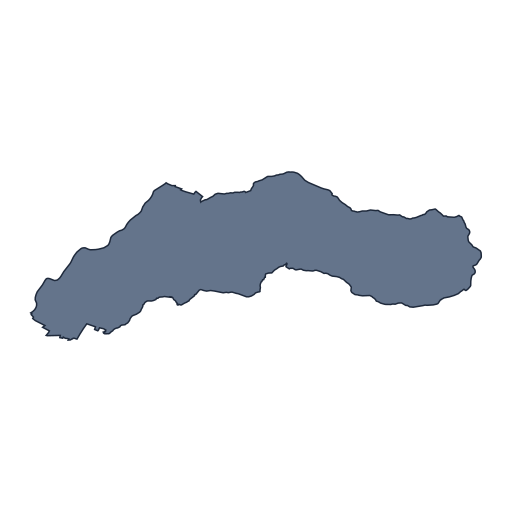 outline of Alunis, Mures, Romania
{"feature_id": "2599482B15275919271112", "entity_name": "Alunis", "entity_type": "district", "adm_level": 2, "iso_a3": "ROU", "parent_name": "Romania", "parent_adm1": "Mures", "projection": "natural_earth1", "projection_center": [24.861, 46.884], "detail": "fine", "context": "isolated", "style": "filled", "palette": "slate", "viewbox_px": 512, "rotation_deg": 0, "n_neighbors": 0, "source": "geoboundaries", "source_scale": "gbopen_adm2", "svg_char_len": 6046}
<svg xmlns="http://www.w3.org/2000/svg" viewBox="0 0 512 512"><path d="M68.2,340.1L70.5,339.9L71.8,339.0L72.6,338.9L73.0,338.3L73.2,338.2L74.3,338.2L75.6,338.7L77.0,339.1L79.9,334.1L83.4,328.6L86.8,323.8L95.5,326.8L94.6,329.5L97.8,330.8L98.5,330.0L99.5,327.8L103.5,328.7L105.8,330.0L105.5,331.7L105.2,331.8L104.3,331.4L104.0,331.9L104.1,332.4L103.3,332.3L103.6,333.1L104.5,333.7L105.0,333.8L108.8,333.7L109.5,333.4L111.3,331.7L112.7,330.8L113.5,329.7L114.7,328.8L116.7,328.0L117.5,328.0L119.3,327.1L120.0,326.7L120.4,325.8L121.6,325.1L125.1,324.7L125.8,324.0L127.7,322.9L129.5,320.5L130.1,318.7L130.8,317.6L131.9,316.2L132.8,315.6L136.4,314.2L139.6,312.2L140.7,310.9L141.3,309.3L142.4,307.4L142.8,306.2L142.8,305.0L143.7,304.5L144.9,302.5L145.3,302.2L146.8,301.2L147.8,300.9L151.5,301.0L153.5,300.5L155.9,299.5L156.5,298.3L157.9,298.3L158.7,297.5L159.7,297.1L162.6,296.9L164.4,296.5L170.8,297.3L170.5,296.8L171.6,296.9L172.7,297.6L173.8,299.6L175.0,300.4L175.6,301.0L176.2,302.2L176.7,302.5L176.9,303.3L177.3,303.5L177.3,304.0L177.1,304.3L177.2,304.7L178.0,305.1L178.6,304.4L178.9,304.3L180.3,304.9L181.5,304.9L184.5,303.1L186.7,302.2L187.9,301.3L188.8,301.0L189.1,300.7L189.2,300.2L189.8,299.4L194.4,295.8L194.6,295.5L194.5,295.0L194.7,294.6L196.0,294.2L199.2,290.2L200.4,289.6L201.4,289.7L203.7,290.5L206.6,291.1L210.5,290.5L214.3,291.0L223.2,292.8L226.3,292.3L228.4,292.7L230.7,292.2L232.1,292.1L236.4,293.4L238.2,293.7L246.5,296.8L248.7,296.8L251.4,296.0L254.1,294.4L255.5,292.9L257.8,292.1L259.5,291.8L260.0,291.5L260.0,290.0L260.4,287.6L260.1,285.8L260.3,284.1L261.1,282.1L261.4,281.7L261.8,281.6L262.6,279.8L263.6,279.7L264.6,277.5L264.8,277.2L265.3,277.2L265.4,274.7L265.8,273.9L269.1,272.9L269.8,273.1L270.5,272.9L271.8,272.9L274.5,270.1L276.8,268.7L278.8,267.2L280.4,266.5L283.2,266.0L284.3,264.8L285.5,264.6L286.5,263.2L286.9,263.4L287.0,263.8L286.9,264.4L286.0,266.2L286.0,266.5L286.1,266.8L289.3,268.9L289.8,268.5L290.4,268.3L293.0,268.3L295.0,269.6L296.0,269.9L300.4,269.1L301.5,269.2L303.3,270.2L306.2,270.7L308.1,270.6L312.5,271.0L313.8,270.8L314.8,270.3L316.6,270.3L320.9,271.7L324.0,273.4L325.8,273.2L327.8,273.7L329.9,275.1L332.2,276.1L336.7,276.6L339.6,277.4L341.6,278.7L343.5,279.4L346.5,282.3L348.7,283.8L349.5,284.6L351.1,286.8L351.3,287.3L350.9,290.5L351.3,291.6L351.9,292.5L354.7,294.4L355.1,294.6L357.9,294.9L359.0,295.3L362.5,295.8L369.8,295.5L372.2,296.7L372.5,297.2L374.3,298.4L375.5,299.6L376.3,301.1L378.3,301.7L380.6,303.1L384.1,304.1L385.3,304.4L390.8,304.5L392.6,304.0L395.2,304.2L398.2,303.1L401.4,302.9L402.3,303.3L405.7,305.4L407.5,305.5L409.8,306.9L413.3,307.2L423.0,305.6L425.0,305.1L427.1,305.3L433.2,304.9L436.7,304.1L437.7,303.7L438.2,303.2L440.2,300.2L440.9,299.6L441.1,299.7L441.7,299.2L444.0,297.9L449.3,296.9L454.2,295.4L458.4,293.6L460.7,291.5L461.5,291.1L463.8,289.3L464.2,289.3L465.1,290.2L465.9,290.5L466.9,289.9L468.1,288.9L470.3,286.4L470.7,285.5L470.8,281.1L471.2,278.2L471.9,275.6L472.3,275.1L474.4,273.8L475.1,272.6L475.2,271.3L475.0,270.2L474.4,269.1L473.0,267.2L473.0,266.1L473.3,265.8L475.8,264.9L476.8,264.1L479.2,260.2L480.3,259.0L481.2,257.4L481.3,256.2L481.1,252.8L480.4,251.0L476.1,248.0L473.4,247.0L472.9,246.6L471.8,244.8L469.1,242.2L468.6,241.5L468.2,240.1L467.8,236.8L468.1,235.7L468.9,234.5L469.7,232.8L469.7,231.6L469.3,230.5L468.7,229.6L466.7,228.4L466.0,227.2L465.1,223.9L464.2,222.4L463.7,220.8L462.9,219.8L461.8,217.2L461.1,216.7L459.6,216.1L459.1,215.5L458.7,215.5L456.7,216.6L454.3,217.3L447.4,216.8L446.3,216.0L443.4,216.1L442.6,215.2L440.3,213.0L438.5,211.8L436.0,209.5L435.2,209.0L431.6,209.8L429.5,210.0L426.8,211.8L426.2,212.8L424.7,214.4L423.0,214.6L422.2,215.2L420.9,215.5L416.4,217.4L414.1,218.0L412.9,218.0L411.2,218.8L409.8,219.0L407.5,218.4L406.5,218.5L403.8,216.9L402.4,216.8L399.7,214.9L397.9,215.1L393.4,214.7L388.6,214.8L380.1,211.8L378.3,210.5L377.6,210.4L375.9,210.6L370.4,210.0L366.5,211.0L362.3,211.0L359.7,211.7L357.2,212.1L355.9,211.6L355.3,211.6L354.1,211.1L353.0,211.1L351.5,210.5L350.8,208.7L349.9,207.7L347.7,206.6L345.3,204.6L342.1,202.6L339.5,200.3L338.1,198.1L337.1,196.9L335.5,196.3L333.7,196.0L332.1,195.1L331.9,194.5L332.2,193.8L332.1,193.5L329.8,190.6L327.9,189.8L324.0,188.9L321.3,188.0L308.4,182.5L304.7,180.2L301.5,176.5L299.4,174.6L297.5,173.3L294.0,172.2L292.3,172.0L289.9,172.1L289.0,171.9L286.8,172.2L283.8,173.7L282.4,174.1L279.8,174.3L278.5,174.9L276.3,175.1L274.6,175.9L271.8,176.4L268.0,176.4L267.3,176.6L262.1,179.9L258.8,180.9L257.9,181.4L255.5,181.9L254.2,182.7L253.4,183.8L253.5,185.4L252.7,186.9L251.8,188.1L251.2,189.1L250.7,190.6L245.7,192.5L245.1,191.7L244.1,191.3L242.1,192.0L240.3,192.1L239.5,192.5L238.2,192.3L234.6,192.3L232.9,193.0L230.5,192.8L228.2,193.4L226.8,193.3L224.4,194.0L218.0,193.3L215.2,194.2L212.8,196.4L210.6,197.4L206.8,199.6L205.1,199.8L201.3,201.6L200.8,202.1L200.5,201.1L200.4,199.9L201.7,197.6L202.6,196.6L196.0,191.4L194.9,192.4L193.8,194.1L186.0,191.9L181.9,190.5L180.6,189.8L181.6,188.9L175.1,186.6L175.3,185.6L171.9,185.6L167.9,183.9L166.1,182.8L165.3,183.6L162.3,185.6L154.3,190.6L153.4,191.8L152.7,194.2L151.6,196.4L150.1,198.6L148.5,200.4L145.2,203.1L143.3,206.1L142.9,206.6L141.2,211.2L139.7,212.9L138.0,214.4L136.0,215.5L130.4,220.0L128.4,222.2L126.8,224.4L125.1,227.6L123.8,229.0L121.7,230.2L119.5,230.8L116.9,232.3L112.8,235.2L111.5,236.5L110.8,237.7L109.8,241.8L108.9,244.0L107.9,245.4L103.9,247.8L98.4,249.2L95.5,249.6L90.4,249.8L88.5,249.3L85.4,247.9L84.4,247.8L83.0,247.9L81.8,248.2L80.8,248.8L76.9,252.1L74.4,255.4L73.2,257.4L71.1,261.8L70.2,263.4L63.8,271.6L60.9,276.4L59.6,278.1L57.4,280.0L55.7,280.4L54.4,280.5L49.8,278.7L48.4,278.4L47.3,278.4L46.3,278.8L45.1,280.3L42.4,285.0L37.3,291.7L36.1,294.5L35.3,297.4L35.2,299.9L36.6,303.1L36.6,305.4L36.1,307.3L34.7,309.7L32.7,311.6L30.7,312.9L31.8,313.8L31.2,314.6L33.5,317.1L32.7,318.5L35.3,320.6L44.9,325.5L42.6,327.3L49.4,330.9L48.5,332.6L46.2,335.4L47.4,335.7L60.3,335.4L59.8,337.6L62.7,338.2L63.2,337.1L63.4,337.1L64.9,338.1L65.7,338.4L66.9,338.4L68.8,338.9L68.2,340.1Z" fill="#64748b" stroke="#1e293b" stroke-width="1.5"/></svg>